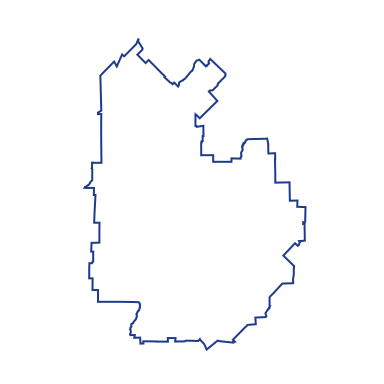 outline of Longreach, Queensland, Australia, rotated 174°
{"feature_id": "25037944B74261156915694", "entity_name": "Longreach", "entity_type": "district", "adm_level": 2, "iso_a3": "AUS", "parent_name": "Australia", "parent_adm1": "Queensland", "projection": "albers", "projection_center": [143.955, -23.876], "detail": "fine", "context": "isolated", "style": "outline", "palette": "blue", "viewbox_px": 384, "rotation_deg": 174, "n_neighbors": 0, "source": "geoboundaries", "source_scale": "gbopen_adm2", "svg_char_len": 5579}
<svg xmlns="http://www.w3.org/2000/svg" viewBox="0 0 384 384"><g transform="rotate(174 192 192)"><path d="M165.0,38.7L166.8,40.8L160.8,45.7L152.7,52.4L152.1,52.6L150.8,54.0L142.4,53.8L142.1,60.5L131.8,59.9L131.7,60.0L131.0,60.8L131.7,63.6L131.5,63.9L128.1,68.1L127.9,67.8L126.9,68.7L126.8,69.7L126.6,70.0L126.8,70.0L125.9,79.1L125.5,79.7L122.0,82.5L111.7,91.5L100.9,90.7L100.7,94.2L99.3,99.9L99.0,103.5L98.2,107.6L102.5,112.8L107.8,119.2L94.9,130.3L92.4,127.4L91.8,127.9L91.7,128.1L91.2,128.4L91.0,128.5L90.9,128.8L90.9,129.2L90.8,129.5L90.3,130.4L90.1,130.6L89.9,130.7L90.1,131.4L90.5,131.8L90.6,132.0L84.9,131.8L83.4,148.5L84.8,148.6L84.6,150.3L83.6,149.8L82.6,150.4L80.7,165.1L88.9,166.3L88.0,172.5L95.6,173.1L94.0,191.4L108.2,192.6L107.2,202.0L106.5,210.8L106.0,216.1L105.8,216.1L105.3,221.9L112.0,222.3L111.3,231.4L111.1,231.5L111.7,237.2L122.6,238.0L130.6,238.7L131.6,238.3L131.7,238.5L132.4,238.2L132.8,238.0L133.0,237.7L133.3,237.4L133.4,236.7L133.7,236.3L133.7,236.1L133.8,235.9L134.0,236.0L134.5,236.0L134.7,235.8L134.7,235.6L134.7,235.3L134.8,235.1L135.5,235.2L135.8,235.1L135.8,234.9L135.6,234.6L135.6,234.4L136.0,234.3L136.4,234.1L136.7,233.8L136.7,233.6L136.3,233.5L136.2,233.5L136.2,233.0L136.4,232.8L136.5,232.7L137.5,232.2L137.6,231.7L137.4,231.3L137.4,231.1L137.2,231.0L137.2,230.9L137.4,230.6L137.4,230.4L137.2,230.1L137.2,229.9L137.2,229.3L137.1,229.1L137.1,228.9L137.4,228.4L137.5,227.9L138.0,227.4L138.3,227.2L139.0,226.1L139.1,225.8L139.1,225.2L139.1,224.9L139.1,224.7L139.1,224.3L139.0,224.1L139.0,223.9L139.0,223.6L139.0,223.1L139.1,222.8L139.1,222.7L139.3,222.7L139.5,222.1L139.3,221.9L139.4,221.7L139.7,221.4L139.9,221.4L140.0,221.4L140.1,221.2L140.1,220.8L140.3,220.5L140.3,220.1L145.4,220.8L149.2,221.3L149.6,217.9L167.8,219.8L167.2,225.1L167.1,225.3L167.2,225.6L167.1,226.4L179.0,227.6L178.2,235.2L178.0,237.6L177.8,238.8L177.7,240.2L177.2,240.2L177.1,241.5L176.1,241.5L175.5,246.6L174.7,246.5L173.8,256.7L180.5,256.3L180.6,257.2L181.7,257.4L180.4,268.9L180.2,268.7L179.3,267.9L176.6,264.5L157.3,279.9L164.7,290.2L163.6,291.1L161.0,290.9L155.2,295.5L155.1,296.9L151.1,300.2L150.9,300.4L150.2,300.9L150.0,301.0L146.8,303.7L146.8,304.6L146.5,304.9L146.4,305.1L146.3,306.3L159.9,322.3L160.1,321.9L160.4,321.8L160.5,321.5L161.3,321.0L162.0,319.9L161.9,319.3L161.6,318.7L161.6,318.0L162.3,317.5L162.5,317.2L162.9,317.1L163.5,317.0L163.8,316.0L164.2,316.0L165.2,315.5L166.1,316.7L166.2,317.2L166.7,317.4L166.9,317.8L167.1,318.1L167.7,318.8L167.9,319.1L170.9,322.8L172.0,322.4L172.8,322.4L173.3,322.3L174.1,322.0L174.8,320.9L175.6,320.1L176.4,319.2L176.5,318.8L176.8,317.1L177.0,316.2L177.7,315.3L177.9,314.6L178.1,314.1L178.7,313.3L178.8,313.0L179.1,312.7L179.3,312.4L179.7,312.4L180.2,312.1L182.3,310.1L182.7,309.6L183.1,309.3L183.5,308.8L183.7,308.6L184.0,308.4L184.5,308.0L185.4,306.9L186.0,306.6L186.1,306.3L186.6,305.9L187.1,305.4L187.5,305.2L188.2,304.8L188.7,304.7L189.0,304.6L189.3,304.3L189.4,303.9L189.6,303.8L190.5,303.7L191.0,303.5L192.0,303.0L193.0,302.6L193.2,302.4L193.5,302.0L193.6,301.7L193.7,301.2L193.7,300.1L193.9,299.6L194.3,298.9L194.8,298.3L198.3,302.7L200.0,301.3L200.5,301.9L200.7,302.0L201.4,302.8L202.2,303.1L207.4,309.0L206.7,309.6L208.7,312.1L208.9,312.2L212.7,317.0L221.3,327.8L224.7,325.1L232.0,334.3L226.5,338.7L226.5,339.2L226.3,339.4L226.1,339.9L227.2,342.1L227.2,342.3L227.6,343.1L229.8,347.4L229.2,349.5L229.1,350.2L232.0,344.9L245.3,334.0L247.1,336.1L253.7,324.7L255.8,329.9L271.0,317.3L273.7,282.4L277.2,280.8L277.4,279.3L274.1,279.0L274.9,271.9L275.9,263.0L278.1,240.2L278.7,233.7L279.0,230.5L287.3,231.4L287.4,231.6L288.3,231.7L288.9,226.2L289.3,226.0L288.8,225.1L289.8,216.0L289.9,215.3L289.9,214.2L291.8,212.8L292.2,212.3L292.2,212.0L292.4,211.9L292.7,211.2L292.9,211.0L293.0,210.9L293.3,210.7L293.5,210.4L293.9,210.1L294.1,210.0L294.3,209.9L294.5,209.8L294.5,209.7L295.0,209.3L295.4,209.3L296.1,208.9L296.7,208.4L297.7,208.2L297.8,208.2L298.0,207.6L298.3,207.3L289.1,206.3L289.5,202.6L290.0,199.3L288.3,199.2L289.8,189.6L289.9,189.4L290.2,187.1L291.2,180.9L292.5,171.7L287.2,171.1L288.2,162.8L289.4,151.3L297.2,151.9L297.6,149.2L298.5,143.3L296.4,143.0L296.6,142.1L297.5,133.5L297.9,133.6L298.1,133.5L298.3,132.3L298.9,131.6L301.5,131.9L302.4,125.1L302.9,119.9L303.3,116.9L299.9,116.5L300.8,108.3L301.2,105.0L295.7,104.3L297.0,92.6L275.7,90.4L261.7,88.7L256.6,88.0L256.4,87.6L256.0,87.3L255.8,87.0L255.8,86.8L255.8,86.5L255.6,86.3L255.5,86.0L255.6,85.4L255.5,85.0L255.6,84.7L255.5,84.4L255.7,84.1L255.8,83.8L255.8,83.5L255.8,82.7L256.1,82.5L256.1,82.2L256.3,81.8L256.3,81.4L256.6,81.1L257.2,79.7L257.7,79.3L258.0,79.4L258.3,79.2L258.6,78.4L258.9,78.0L259.1,77.9L259.3,77.6L259.5,76.9L259.9,76.5L259.8,76.3L259.9,76.1L259.9,75.5L259.8,75.3L260.0,75.1L260.0,74.8L259.9,74.5L259.8,74.0L260.2,73.2L260.8,72.2L260.7,71.9L260.9,71.6L261.4,70.9L261.8,70.8L262.1,70.2L262.8,69.8L263.4,69.2L263.6,68.9L264.0,68.4L264.1,68.0L264.2,67.7L264.5,67.6L264.8,67.7L265.5,67.4L265.4,67.2L265.8,66.9L266.2,66.7L266.3,66.2L266.2,65.9L266.3,65.7L266.3,65.2L266.3,64.6L266.4,64.3L266.5,64.3L267.0,64.1L267.2,63.8L267.5,63.3L267.4,62.9L267.5,62.6L267.9,62.1L267.7,61.9L267.7,61.5L267.5,61.1L267.5,59.6L267.7,58.4L267.9,57.9L268.1,57.7L268.5,57.0L268.5,56.7L268.4,56.5L268.2,56.1L263.8,55.7L264.7,53.1L258.8,52.6L259.1,46.6L256.2,46.4L256.0,48.6L242.7,47.1L242.7,46.9L231.6,45.7L231.3,49.3L224.0,48.5L223.6,48.4L224.5,45.1L214.6,44.2L213.7,44.8L207.1,44.0L206.1,43.8L201.4,43.2L199.6,44.8L199.5,44.3L195.8,39.6L193.9,33.8L182.1,41.5L179.9,40.7L166.7,37.9L166.7,38.6L165.0,38.7Z" fill="none" stroke="#1e3a8a" stroke-width="2"/></g></svg>